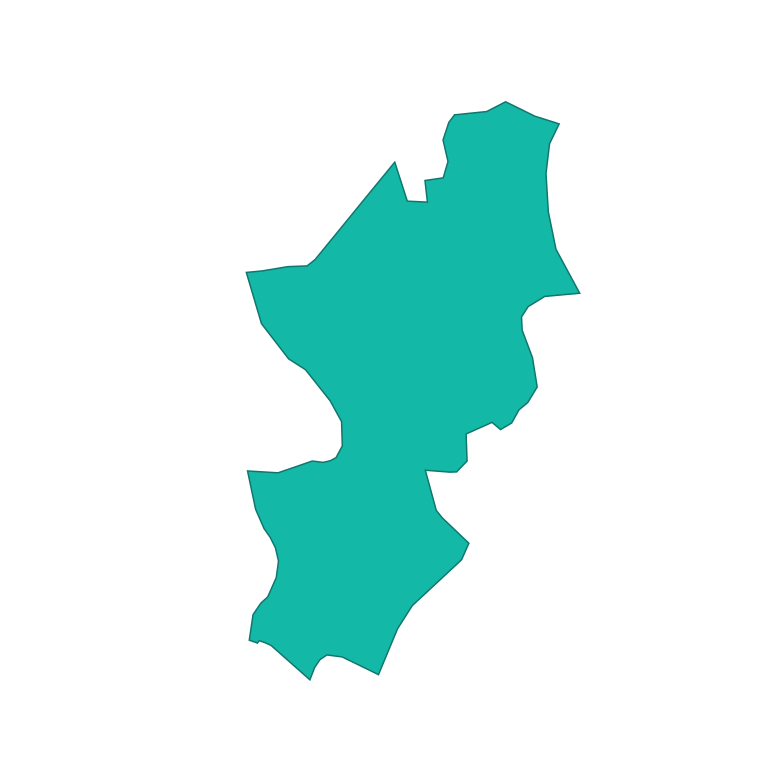 an SVG outline of Krustpils, rotated 106°
{"feature_id": "LVA-5726", "entity_name": "Krustpils", "entity_type": "Municipality", "adm_level": 1, "iso_a3": "LVA", "parent_name": "Latvia", "parent_adm1": "", "projection": "albers", "projection_center": [26.222, 56.536], "detail": "fine", "context": "isolated", "style": "filled", "palette": "teal", "viewbox_px": 768, "rotation_deg": 106, "n_neighbors": 0, "source": "natural_earth", "source_scale": "10m", "svg_char_len": 1127}
<svg xmlns="http://www.w3.org/2000/svg" viewBox="0 0 768 768"><g transform="rotate(106 384 384)"><path d="M505.2,491.2L498.6,461.4L477.8,431.7L476.1,420.8L472.5,414.4L468.0,409.8L455.0,407.0L431.9,414.4L415.1,431.0L391.9,463.4L386.2,482.5L359.8,518.4L314.7,547.1L309.0,532.6L297.7,508.8L291.7,490.5L283.3,484.5L201.8,449.5L167.8,434.8L201.8,412.0L197.2,392.4L177.1,400.7L169.5,383.9L152.5,383.8L133.2,394.5L114.7,393.8L105.8,390.4L93.8,360.4L79.2,344.9L85.0,312.7L85.7,287.3L107.4,291.1L137.0,286.3L173.2,273.5L207.1,255.8L242.8,220.9L255.5,253.6L269.8,266.7L281.6,270.3L294.2,266.0L317.8,248.5L344.7,235.9L362.2,240.7L371.6,247.1L386.2,250.5L395.7,259.4L391.1,269.6L409.4,291.3L435.2,282.9L448.5,290.0L450.6,296.5L455.5,320.5L491.1,298.9L496.6,291.1L513.7,258.5L531.6,261.0L589.2,295.7L615.5,303.5L664.9,309.2L657.9,349.0L660.2,364.2L666.7,369.6L675.5,372.5L688.8,373.7L666.4,420.6L665.5,426.8L665.1,433.1L668.0,434.3L667.8,435.7L667.4,442.9L641.8,446.3L628.6,442.0L620.7,437.1L599.8,434.2L583.3,436.6L571.4,443.2L562.8,451.1L556.0,459.5L539.8,472.9L505.2,491.2Z" fill="#14b8a6" stroke="#0f766e" stroke-width="1.5"/></g></svg>